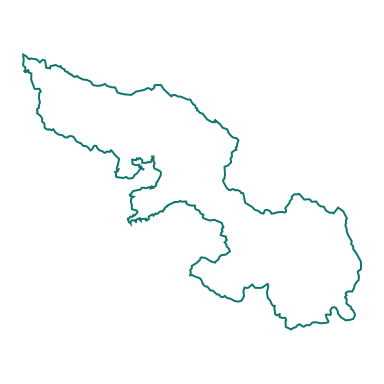 Van Chan, Yên Bái, Vietnam
{"feature_id": "81297802B1430654702420", "entity_name": "Van Chan", "entity_type": "district", "adm_level": 2, "iso_a3": "VNM", "parent_name": "Vietnam", "parent_adm1": "Yên Bái", "projection": "mercator", "projection_center": [104.568, 21.57], "detail": "fine", "context": "isolated", "style": "outline", "palette": "teal", "viewbox_px": 384, "rotation_deg": 0, "n_neighbors": 0, "source": "geoboundaries", "source_scale": "gbopen_adm2", "svg_char_len": 5952}
<svg xmlns="http://www.w3.org/2000/svg" viewBox="0 0 384 384"><path d="M338.1,207.6L333.7,213.3L332.4,212.6L329.7,212.8L326.0,210.6L323.9,206.8L320.7,206.3L318.6,205.0L316.3,201.5L312.0,201.8L310.8,201.0L310.4,199.9L309.0,199.2L304.2,199.6L299.5,194.1L298.6,193.8L297.2,194.4L294.3,194.3L291.8,196.5L291.8,198.9L289.8,201.2L289.3,203.2L285.3,208.1L286.0,210.5L285.8,211.9L284.0,212.6L282.1,211.9L278.0,212.2L271.8,213.8L269.8,210.9L267.0,209.8L264.8,210.4L263.5,213.6L260.6,212.9L258.6,211.1L254.5,209.6L252.1,206.9L245.2,202.8L243.2,193.3L241.1,193.0L240.3,191.4L237.4,190.0L235.2,190.3L233.2,189.1L231.7,189.3L230.8,190.2L229.0,190.0L226.9,188.2L223.4,182.0L223.0,180.1L224.3,178.9L225.0,174.7L224.5,166.8L228.2,165.4L231.2,162.2L230.5,158.5L232.0,156.5L231.7,152.6L234.2,150.6L236.4,149.8L235.8,147.5L237.0,146.5L237.1,144.2L238.4,140.1L236.4,138.1L233.3,137.6L231.2,136.0L228.5,132.8L227.3,129.4L222.6,127.7L220.3,124.5L215.1,120.0L214.4,121.1L215.6,122.0L214.2,122.3L211.7,122.0L207.1,119.4L202.6,113.6L200.0,112.9L198.2,110.8L197.1,110.4L197.2,108.5L195.9,108.2L195.2,105.6L193.9,104.3L193.0,104.3L190.3,99.6L187.4,99.5L180.7,96.6L177.9,96.5L175.4,95.1L172.4,95.1L171.7,96.3L171.2,96.3L163.8,89.3L161.2,85.2L160.3,84.9L155.0,85.1L154.4,85.8L154.2,87.8L151.3,90.0L150.1,88.8L148.0,88.0L143.9,90.0L136.3,91.5L131.3,94.9L124.3,94.3L118.7,93.0L117.4,92.4L115.2,87.5L111.8,87.3L107.2,86.0L105.0,83.9L101.9,85.3L97.6,85.9L93.5,85.2L92.5,84.5L90.8,81.7L87.0,80.0L82.6,79.4L78.5,77.3L77.3,76.0L75.2,77.0L72.6,75.9L72.0,75.0L70.7,74.7L70.5,73.9L68.3,73.2L67.9,72.2L65.1,71.2L64.3,69.2L61.6,68.1L60.7,66.2L59.3,66.8L55.7,65.0L50.8,66.1L50.1,66.8L50.1,68.3L46.2,67.7L45.1,60.5L42.7,59.8L39.8,62.4L36.7,59.4L30.7,58.5L29.6,59.2L28.4,58.7L26.3,56.3L23.2,54.6L23.7,61.0L23.0,64.8L23.4,65.8L25.0,67.0L25.5,68.8L25.3,70.2L24.3,71.1L25.0,72.0L26.6,72.0L27.6,70.3L28.4,70.2L28.9,72.6L31.4,73.5L31.2,79.7L34.5,88.6L35.0,89.0L39.4,88.8L40.8,91.6L39.3,93.0L38.9,97.7L39.9,102.5L38.8,105.5L38.9,107.9L37.4,108.8L36.9,110.3L37.6,111.6L37.1,113.2L40.4,115.8L42.2,118.4L42.0,121.5L44.3,123.3L44.7,127.8L46.0,128.9L48.3,129.8L48.9,129.3L50.1,129.4L51.4,130.2L53.3,129.2L55.1,132.1L58.5,134.5L62.5,135.3L65.0,137.4L67.3,137.4L69.7,136.0L72.2,136.3L73.9,137.3L75.7,140.4L77.4,142.0L80.9,143.3L83.4,146.0L86.0,146.1L87.6,147.0L90.5,150.4L92.6,148.8L93.3,146.9L94.4,145.7L96.5,146.0L96.8,147.4L99.0,150.0L102.6,151.4L104.3,152.7L105.1,152.9L106.2,151.9L107.6,151.5L109.8,151.9L110.8,150.3L111.4,150.4L115.6,155.6L119.1,158.8L117.6,166.0L116.7,168.0L117.0,170.1L118.5,169.4L118.2,170.7L116.8,171.8L115.2,171.9L116.0,173.6L116.1,176.8L117.2,177.2L123.2,178.0L126.3,177.0L128.2,178.5L132.3,178.2L133.7,176.8L134.4,175.0L137.0,173.5L140.5,168.5L144.2,169.7L141.3,167.7L141.2,166.5L139.3,167.0L139.3,164.8L135.7,165.2L132.6,164.0L132.1,159.7L136.1,160.1L136.8,158.5L138.3,159.2L138.6,158.4L139.8,158.0L142.2,160.2L142.2,162.8L146.7,162.8L148.0,161.9L149.9,162.4L151.5,161.4L151.4,160.0L152.5,158.5L152.1,156.5L153.6,156.5L153.5,160.3L154.6,163.6L153.7,165.6L154.0,167.7L155.2,169.0L157.7,169.8L160.5,171.5L160.9,173.0L160.8,175.1L157.4,181.7L156.3,182.8L156.2,185.3L153.4,187.9L152.6,188.0L152.7,186.9L151.9,186.3L150.9,188.5L150.3,188.5L149.9,187.2L149.3,187.0L147.1,188.1L141.7,187.7L140.7,189.5L133.2,191.0L130.5,194.6L129.8,194.9L130.2,195.9L133.6,196.7L131.3,198.3L130.9,200.2L131.1,202.6L132.0,205.2L131.7,207.0L132.0,209.2L136.9,210.6L137.5,212.3L134.9,215.3L134.3,215.6L133.4,215.0L132.6,216.8L130.2,216.6L129.2,218.3L127.8,218.7L128.9,222.3L130.1,222.6L130.7,223.5L130.6,221.8L131.8,220.2L134.4,220.5L135.9,221.9L136.2,221.1L135.5,220.0L139.4,218.4L139.2,219.3L140.8,220.7L140.5,219.0L143.2,218.9L145.9,218.9L145.8,220.3L146.3,220.6L148.8,219.1L148.7,216.8L150.0,215.7L152.5,214.4L153.5,215.7L155.7,213.4L157.2,214.0L160.3,211.3L162.8,211.6L163.5,209.8L164.5,209.3L164.6,208.3L166.5,206.3L167.5,206.3L167.8,205.3L174.7,202.0L178.3,201.9L180.1,201.0L182.0,201.7L186.2,201.5L186.1,203.1L188.2,204.8L191.0,205.5L194.8,205.5L195.0,207.8L195.8,209.3L199.2,210.7L200.4,213.2L203.4,214.8L202.7,216.7L203.2,218.1L209.6,220.5L214.3,219.8L221.7,222.9L223.4,227.3L222.3,228.0L222.5,228.9L221.7,230.1L222.5,231.5L221.3,232.8L220.7,235.1L226.0,236.7L225.9,238.5L226.9,239.9L224.6,242.4L226.2,244.0L226.6,246.3L229.0,248.8L229.9,251.4L225.6,254.7L221.2,255.1L219.4,257.1L218.2,259.7L216.1,261.1L215.1,262.6L211.0,261.5L205.4,257.9L201.2,257.4L200.5,257.9L200.2,259.5L196.6,263.0L191.8,265.9L191.9,268.0L190.2,270.2L190.8,272.1L190.2,275.3L192.2,274.9L193.7,276.0L199.7,278.2L201.2,279.7L203.2,284.6L205.4,286.5L207.3,286.6L210.4,290.4L212.7,290.6L216.9,294.4L218.8,294.5L220.9,296.8L223.1,297.2L224.8,295.9L226.9,297.9L231.0,298.9L234.5,301.0L238.2,301.6L241.5,300.7L244.0,296.2L243.4,291.2L244.6,287.5L247.2,288.0L248.3,287.7L252.2,284.5L255.1,287.8L260.6,287.9L262.8,287.3L267.3,284.0L268.0,284.3L268.3,286.3L266.9,292.6L267.8,297.9L270.3,300.7L271.3,303.4L272.8,305.7L274.8,306.0L274.3,307.7L275.3,314.4L276.8,315.3L279.6,314.2L279.6,317.0L282.2,318.0L285.3,317.8L286.3,320.1L285.5,321.1L285.8,326.9L291.0,329.4L294.0,327.6L295.6,327.4L297.7,325.0L299.7,324.3L302.8,326.5L303.9,326.7L306.1,325.1L309.7,325.2L312.5,322.5L315.5,322.2L321.3,323.3L327.1,322.6L328.2,322.1L328.4,321.1L326.8,318.5L325.7,315.0L326.8,314.4L330.6,314.9L330.9,313.2L330.3,310.5L331.9,307.7L333.9,307.2L335.6,307.6L337.5,310.6L338.2,313.9L341.1,317.4L345.7,320.3L349.8,319.9L353.3,318.8L355.0,315.4L354.5,313.2L352.7,309.9L351.3,309.2L351.3,307.4L346.5,303.6L346.6,298.7L345.1,297.5L345.2,296.7L346.6,295.3L345.7,293.7L345.9,292.8L347.1,291.9L349.6,291.3L352.1,291.6L354.1,287.9L354.5,285.5L356.5,282.1L358.6,280.1L358.9,276.0L357.7,272.1L358.0,271.2L360.6,269.6L361.0,268.6L360.9,261.7L356.4,253.3L353.2,249.0L353.2,246.3L351.2,244.0L351.7,241.2L348.1,235.0L346.7,231.2L346.7,229.0L345.4,225.7L346.0,222.6L345.8,220.5L346.9,218.5L343.3,211.4L338.1,207.6Z" fill="none" stroke="#0f766e" stroke-width="2"/></svg>